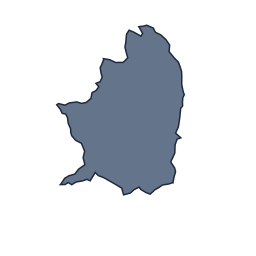 Malia, Limassol, Cyprus, rotated 317°
{"feature_id": "46923920B95494316044339", "entity_name": "Malia", "entity_type": "district", "adm_level": 2, "iso_a3": "CYP", "parent_name": "Cyprus", "parent_adm1": "Limassol", "projection": "orthographic", "projection_center": [32.764, 34.803], "detail": "fine", "context": "isolated", "style": "filled", "palette": "slate", "viewbox_px": 256, "rotation_deg": 317, "n_neighbors": 0, "source": "geoboundaries", "source_scale": "gbopen_adm2", "svg_char_len": 1436}
<svg xmlns="http://www.w3.org/2000/svg" viewBox="0 0 256 256"><g transform="rotate(317 128 128)"><path d="M40.0,123.3L43.4,126.4L47.1,127.1L48.2,131.1L53.2,132.1L58.4,135.5L63.0,137.6L64.3,140.8L73.7,138.2L73.8,142.5L76.5,148.0L80.4,160.6L82.4,167.7L79.2,173.9L85.4,177.2L90.3,177.2L95.7,178.8L95.5,182.1L97.3,187.9L99.1,191.5L105.3,191.5L107.2,191.9L110.2,192.6L114.4,193.2L117.3,195.2L119.7,196.8L123.0,198.2L123.4,198.8L127.8,195.5L133.0,192.4L134.9,188.9L136.1,182.0L145.2,178.2L151.0,172.4L156.4,169.6L159.9,171.2L159.3,164.2L165.6,161.5L172.1,156.4L179.9,149.6L183.0,149.1L185.6,146.1L188.8,143.2L191.9,142.0L192.7,140.1L193.6,138.3L196.9,132.9L203.0,126.4L205.7,123.2L207.9,118.7L209.7,114.3L209.6,107.9L210.1,100.2L215.0,95.8L216.0,89.4L215.5,82.3L214.1,78.7L213.4,77.1L213.8,74.6L214.7,72.3L211.7,65.5L209.2,64.3L205.0,61.3L203.2,68.8L200.1,69.6L197.6,61.8L195.5,57.2L190.9,58.4L184.8,63.8L180.9,66.8L178.7,70.7L175.6,76.6L169.2,76.7L163.6,71.6L161.1,65.4L157.3,60.5L156.8,61.4L152.2,63.6L148.7,65.0L145.7,69.5L143.7,73.3L139.2,75.1L135.0,73.5L134.7,78.0L130.0,78.8L125.9,77.6L121.0,81.1L114.8,80.8L110.9,78.4L108.2,73.9L102.1,69.6L97.5,68.3L93.8,62.7L91.7,62.4L91.3,67.8L89.9,72.5L91.9,75.3L90.9,79.0L87.4,83.9L85.5,89.4L83.1,92.2L81.6,95.2L81.3,101.4L83.5,107.5L80.4,115.5L74.9,119.1L71.5,125.4L63.7,124.4L57.7,125.4L52.1,122.6L47.4,121.6L40.3,123.3L40.0,123.3Z" fill="#64748b" stroke="#1e293b" stroke-width="1.5"/></g></svg>